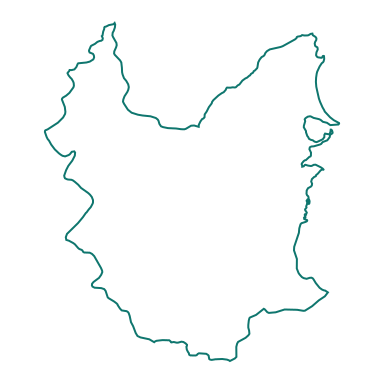 Nacala-A-Velha, Nampula, Mozambique (Mercator projection)
{"feature_id": "85939544B78261911608408", "entity_name": "Nacala-A-Velha", "entity_type": "district", "adm_level": 2, "iso_a3": "MOZ", "parent_name": "Mozambique", "parent_adm1": "Nampula", "projection": "mercator", "projection_center": [40.472, -14.556], "detail": "fine", "context": "isolated", "style": "outline", "palette": "teal", "viewbox_px": 384, "rotation_deg": 0, "n_neighbors": 0, "source": "geoboundaries", "source_scale": "gbopen_adm2", "svg_char_len": 5868}
<svg xmlns="http://www.w3.org/2000/svg" viewBox="0 0 384 384"><path d="M114.6,23.0L113.5,24.2L108.9,25.1L106.2,26.5L104.7,26.9L104.3,27.5L104.2,29.0L103.2,31.6L102.5,35.5L101.8,36.1L102.8,38.2L102.5,39.8L101.3,40.7L99.6,41.0L97.4,41.9L94.9,43.9L91.2,45.8L90.7,46.5L89.1,50.2L89.0,51.0L89.6,52.5L92.9,53.8L93.6,54.9L94.0,56.0L94.1,57.5L93.3,59.4L89.8,61.6L86.4,62.5L78.2,63.3L77.6,64.1L76.4,67.0L74.4,69.4L71.6,70.1L69.6,70.0L69.1,71.2L67.7,72.7L67.5,73.2L68.5,75.3L70.4,77.7L71.5,78.7L73.1,81.4L73.7,83.1L73.9,85.8L73.4,87.4L69.4,92.9L66.1,95.7L62.8,97.7L62.0,98.8L61.9,99.5L64.8,106.9L65.4,111.8L65.1,113.9L63.1,117.5L57.9,122.7L47.6,129.4L45.4,130.3L45.0,130.9L44.9,132.0L46.6,136.9L47.7,139.1L49.0,140.6L51.2,144.6L54.8,149.4L58.9,153.3L60.6,154.6L62.5,155.8L65.1,156.4L68.6,155.1L69.8,154.3L71.8,151.8L74.3,151.4L75.1,152.6L74.8,155.7L72.3,160.6L68.3,165.9L66.1,170.2L64.2,175.6L64.5,177.2L65.0,178.3L66.6,179.1L67.9,179.5L71.5,179.8L72.9,180.4L74.8,181.8L78.2,184.7L81.0,187.9L88.3,193.1L90.0,194.7L91.8,197.0L93.0,200.1L93.0,202.4L92.7,203.5L90.8,207.1L88.7,209.5L86.5,212.5L85.9,212.9L82.9,217.2L78.0,223.1L67.0,233.9L65.8,237.2L66.3,239.9L68.9,240.7L73.3,243.1L74.9,244.3L78.1,248.0L79.3,249.0L81.7,249.9L82.4,250.5L83.2,251.9L84.2,252.5L89.7,252.7L92.0,253.9L94.2,256.1L101.0,268.0L102.1,270.6L102.3,272.1L101.2,274.8L99.0,277.9L93.6,281.9L92.1,283.7L91.9,285.3L92.5,286.6L94.6,287.7L101.2,288.1L104.2,289.1L105.6,290.9L107.7,297.3L108.5,298.1L114.1,301.5L116.6,303.4L117.6,304.5L117.7,305.1L120.0,308.6L121.7,310.4L126.7,311.2L128.1,312.2L128.7,313.1L129.7,316.0L131.0,322.2L133.1,326.1L135.7,333.0L137.5,336.0L140.4,337.4L149.3,339.3L154.2,342.2L155.1,341.4L156.5,340.8L162.5,340.1L169.3,340.3L170.9,341.7L170.9,342.1L171.3,342.4L173.8,342.0L176.7,342.7L177.8,342.7L181.4,341.7L183.4,342.0L185.6,343.4L187.0,344.8L186.9,345.9L186.4,346.7L186.8,349.6L187.9,351.8L188.8,353.1L189.2,354.7L190.3,355.4L195.4,355.5L196.6,355.2L197.8,353.9L199.0,353.3L206.2,353.8L207.8,354.8L208.6,355.6L209.1,358.4L209.3,359.1L210.1,359.6L211.7,359.9L215.3,359.3L222.2,359.0L226.9,359.6L228.9,360.3L229.9,361.0L234.8,358.5L236.4,356.9L236.3,346.9L237.1,343.7L238.1,341.9L245.6,337.8L248.4,335.3L249.4,333.8L249.1,330.6L248.3,327.6L248.3,325.0L248.8,320.5L249.4,318.2L250.0,317.5L256.1,314.9L263.8,308.8L264.8,309.4L267.3,312.2L268.9,312.9L275.7,312.3L284.6,309.5L297.1,309.8L303.3,310.8L304.9,310.7L312.1,306.2L318.9,300.3L324.9,296.3L327.9,292.4L325.2,290.6L323.8,290.3L322.1,289.6L319.6,287.8L315.8,283.1L313.5,279.3L312.7,278.3L311.5,277.7L309.8,277.8L306.6,278.8L303.6,278.1L301.8,277.0L299.5,274.4L298.5,272.9L296.8,268.5L296.9,259.0L294.0,250.4L294.2,246.8L298.9,232.8L299.3,228.4L300.5,224.3L301.5,223.2L305.6,221.9L306.8,221.3L307.2,220.7L307.1,220.2L306.8,219.9L304.3,219.1L304.0,217.8L304.3,217.4L305.2,217.5L305.5,217.1L304.7,214.9L304.9,214.4L306.1,214.6L306.2,213.5L306.8,212.8L306.2,211.5L305.3,210.5L305.1,209.3L306.5,207.6L306.2,206.3L307.0,204.2L307.2,202.3L306.6,200.8L307.5,199.4L307.8,199.2L308.2,199.3L308.4,200.2L308.2,202.0L308.4,202.9L308.0,203.5L308.2,203.9L308.9,203.9L309.3,203.5L309.6,201.7L309.4,200.3L308.7,199.1L308.5,197.2L308.2,196.3L307.1,195.3L306.5,193.8L306.7,190.5L308.0,188.2L310.9,186.6L311.8,185.5L312.1,183.7L311.2,181.6L311.9,179.1L314.1,177.0L315.8,176.2L316.1,175.1L317.8,173.7L320.6,170.4L321.9,169.6L323.4,169.7L323.5,169.5L322.7,168.6L320.6,167.2L315.6,164.7L313.8,164.8L311.7,165.9L310.8,166.0L308.1,165.6L305.4,164.8L304.8,165.0L303.7,166.3L302.2,166.7L302.1,165.3L301.7,164.5L301.8,163.5L303.7,161.1L304.9,160.3L305.9,160.1L309.2,157.0L310.5,156.4L310.9,155.6L311.0,152.6L309.4,149.2L309.8,147.4L310.3,147.0L311.4,146.5L313.9,146.3L320.0,144.5L321.2,143.9L322.6,142.1L327.3,140.3L329.7,137.1L330.1,134.9L332.4,133.3L332.6,132.4L332.0,130.4L331.1,129.6L330.7,129.6L330.4,132.0L329.7,133.7L328.8,134.3L325.1,133.6L324.4,134.8L324.3,137.2L322.7,139.3L317.2,141.9L316.3,142.1L314.5,141.6L312.8,140.3L310.8,139.8L309.0,138.8L308.2,137.1L307.3,136.0L306.0,132.3L306.0,131.1L303.8,127.3L303.9,125.7L305.2,121.2L304.7,119.3L305.5,118.2L307.7,116.7L309.8,116.3L310.7,116.4L313.6,117.9L318.8,119.1L320.5,119.8L322.9,121.8L327.0,122.8L330.3,125.1L338.4,124.5L339.1,123.6L339.0,123.0L333.8,120.2L330.1,117.3L324.7,111.5L324.3,110.4L322.5,107.3L320.1,101.9L318.9,98.5L317.3,91.4L316.3,86.8L315.9,81.9L316.1,77.7L316.7,73.6L317.2,71.7L319.6,66.5L321.7,63.3L323.1,62.2L323.6,61.4L324.2,59.0L324.0,56.1L323.3,55.9L322.8,56.1L322.0,57.6L321.3,57.8L318.3,57.4L317.4,57.1L316.6,56.2L316.1,55.2L316.2,54.1L316.5,52.2L317.7,49.6L317.6,48.1L317.3,47.3L315.6,46.3L315.1,45.7L314.7,43.5L315.1,42.0L316.3,39.9L316.4,38.3L315.5,36.9L312.8,35.2L312.4,33.6L310.6,33.9L308.5,35.2L307.7,35.4L304.5,35.5L302.1,35.1L300.7,36.1L297.7,36.6L296.8,37.1L296.5,38.1L295.0,39.4L282.7,46.2L280.5,47.0L269.8,49.4L266.9,51.2L265.3,53.1L264.5,55.0L263.6,56.0L261.6,57.1L259.7,59.5L258.2,62.4L257.4,67.4L257.1,68.2L254.9,70.5L253.7,71.2L253.1,72.6L251.0,73.9L250.0,75.4L249.3,75.7L247.0,77.7L245.4,78.4L242.4,80.6L239.4,84.5L237.7,85.4L235.9,87.2L234.9,87.5L232.7,87.3L230.3,87.7L227.0,87.6L226.3,88.4L225.7,89.9L223.7,92.2L221.7,93.2L218.4,95.5L213.3,100.2L212.1,101.9L211.7,103.4L208.9,107.1L206.7,111.5L204.7,114.4L204.5,117.3L203.4,118.5L202.1,119.1L200.4,121.5L198.8,124.8L198.7,126.8L194.1,125.5L191.1,125.7L185.9,128.8L184.3,129.3L181.1,129.2L176.1,128.5L167.9,128.1L163.0,127.1L161.0,126.3L159.4,123.9L158.5,120.8L157.8,119.6L155.8,118.0L150.5,116.3L142.6,115.5L137.9,114.7L131.6,112.7L127.9,109.7L124.1,103.9L123.0,101.7L123.3,99.5L124.5,96.3L127.3,92.0L128.3,89.7L128.8,87.1L128.2,84.3L126.2,80.8L124.0,78.2L122.6,74.5L122.1,72.3L121.9,67.7L121.3,62.5L120.1,60.4L114.7,54.7L114.1,53.5L114.3,51.3L116.1,47.3L116.7,45.2L116.4,42.9L113.0,36.9L112.4,35.4L112.7,32.7L113.7,30.9L114.9,27.4L115.2,24.6L114.6,23.0Z" fill="none" stroke="#0f766e" stroke-width="2"/></svg>